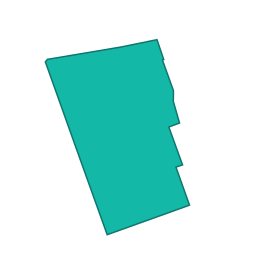 Clark, Ohio, United States of America, rotated 246°
{"feature_id": "52423323B77322804510799", "entity_name": "Clark", "entity_type": "district", "adm_level": 2, "iso_a3": "USA", "parent_name": "United States of America", "parent_adm1": "Ohio", "projection": "orthographic", "projection_center": [-83.771, 39.904], "detail": "fine", "context": "isolated", "style": "filled", "palette": "teal", "viewbox_px": 256, "rotation_deg": 246, "n_neighbors": 0, "source": "geoboundaries", "source_scale": "gbopen_adm2", "svg_char_len": 366}
<svg xmlns="http://www.w3.org/2000/svg" viewBox="0 0 256 256"><g transform="rotate(246 128 128)"><path d="M176.0,188.5L196.9,190.4L205.0,153.9L223.5,82.3L222.0,79.4L119.5,71.6L39.0,65.6L33.5,139.3L32.5,152.8L72.8,155.9L72.1,162.8L112.3,165.7L111.6,177.1L133.8,180.2L143.6,184.7L176.2,187.1L176.0,188.5Z" fill="#14b8a6" stroke="#0f766e" stroke-width="1.5"/></g></svg>